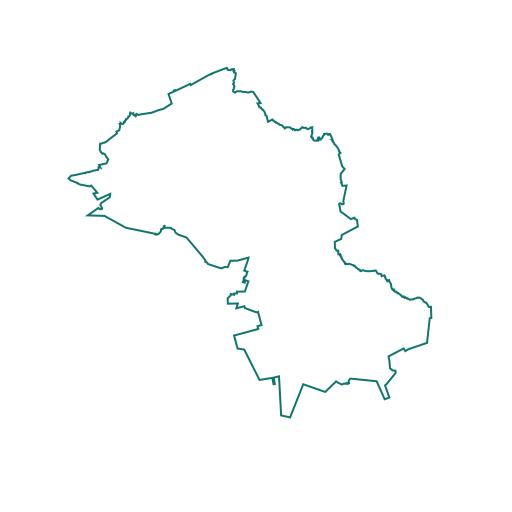 the district of Cuauhtémoc, Chihuahua, Mexico, rotated 155°
{"feature_id": "50627088B28133292335375", "entity_name": "Cuauhtémoc", "entity_type": "district", "adm_level": 2, "iso_a3": "MEX", "parent_name": "Mexico", "parent_adm1": "Chihuahua", "projection": "orthographic", "projection_center": [-106.99, 28.768], "detail": "fine", "context": "isolated", "style": "outline", "palette": "teal", "viewbox_px": 512, "rotation_deg": 155, "n_neighbors": 0, "source": "geoboundaries", "source_scale": "gbopen_adm2", "svg_char_len": 6144}
<svg xmlns="http://www.w3.org/2000/svg" viewBox="0 0 512 512"><g transform="rotate(155 256 256)"><path d="M135.9,313.7L136.6,315.4L136.1,315.9L136.4,320.2L137.0,322.8L137.7,324.0L137.4,325.1L137.9,326.2L137.7,326.9L138.2,327.5L137.5,328.4L138.0,329.1L137.6,329.0L137.5,329.5L137.3,332.5L137.4,335.4L138.2,335.7L139.0,335.2L139.4,335.3L140.1,337.0L142.7,337.9L143.1,336.9L144.4,336.5L146.3,334.9L147.5,335.0L148.3,334.1L149.7,334.7L149.9,335.2L149.5,335.5L148.8,336.8L149.5,337.1L151.0,335.7L151.2,334.4L154.0,335.7L155.0,336.7L154.7,338.3L155.1,338.7L154.7,339.1L154.8,339.6L155.2,339.6L155.7,340.8L152.8,343.7L152.5,344.7L152.8,345.1L151.5,346.6L151.4,347.7L150.6,348.9L152.1,349.4L153.0,349.0L155.4,349.0L156.0,350.0L156.6,350.5L156.6,351.2L158.5,351.9L159.6,353.3L160.5,352.7L161.3,352.7L161.9,352.3L164.2,352.1L165.1,352.3L165.7,353.3L167.5,353.4L167.6,354.6L168.1,355.0L169.1,355.0L168.9,355.6L170.1,356.3L170.6,358.0L173.3,359.5L174.6,360.0L175.1,360.1L175.3,359.5L176.1,359.5L176.0,360.4L176.7,361.4L176.9,363.0L179.4,365.3L179.5,366.2L179.8,366.3L180.5,367.6L181.6,368.4L181.4,369.0L182.3,369.8L182.3,370.2L183.1,371.4L183.0,371.8L183.5,372.2L183.6,372.8L188.4,372.5L187.2,378.8L188.0,379.6L187.5,380.9L187.4,383.6L187.9,385.0L187.9,385.8L188.5,386.2L188.7,386.7L188.8,388.4L189.4,388.6L190.1,389.4L189.7,390.1L190.1,390.6L189.9,391.8L190.1,393.7L187.2,392.8L189.2,405.9L191.0,407.1L194.0,407.4L196.8,409.5L198.5,410.2L200.2,411.8L203.4,413.2L204.3,413.3L206.0,412.9L207.2,415.0L206.4,416.4L205.5,416.7L204.9,417.9L203.8,418.9L204.1,421.6L203.3,421.7L202.6,422.5L202.4,424.4L201.5,425.0L200.2,425.4L197.0,430.1L198.3,431.6L197.3,432.9L198.2,433.4L197.1,434.8L199.0,435.6L200.6,435.3L202.3,436.0L203.0,436.7L202.8,438.3L203.1,438.9L219.3,440.1L219.5,439.6L221.5,440.1L242.9,438.5L242.9,439.8L259.3,439.7L259.2,440.3L259.7,440.4L259.7,440.6L260.6,440.6L260.8,439.8L266.8,439.8L268.0,429.8L277.5,428.5L282.6,429.4L289.8,429.9L300.7,433.1L302.9,433.5L304.3,435.3L305.0,434.8L305.7,433.6L306.1,433.5L306.2,434.5L307.2,435.3L306.9,435.7L307.1,436.8L306.9,437.3L308.1,437.2L308.8,438.0L309.3,439.1L309.8,438.7L310.0,437.9L311.1,436.6L312.1,436.1L312.8,436.4L313.4,435.4L314.4,434.9L315.2,434.9L315.7,435.1L316.3,434.8L316.2,434.5L316.4,434.2L317.9,433.7L318.0,433.1L319.1,433.4L319.3,432.5L320.4,431.9L321.6,432.3L322.4,433.7L322.6,433.0L323.8,433.3L324.0,431.6L325.4,429.5L326.9,427.7L329.9,427.7L329.8,426.8L330.1,425.9L341.9,423.3L342.5,422.9L345.6,422.8L347.0,423.2L349.1,423.2L349.8,423.6L352.6,418.6L352.7,415.7L352.4,415.5L352.1,413.8L351.5,413.3L350.9,413.4L349.9,412.0L349.8,409.3L349.0,406.0L352.4,403.1L359.8,404.8L359.7,402.0L360.1,402.5L360.9,402.5L361.3,402.8L361.7,401.7L362.7,400.8L367.9,402.2L368.8,402.1L371.1,402.6L371.6,402.4L372.1,402.9L375.7,403.6L375.9,403.4L376.1,403.7L385.8,405.8L389.6,406.9L393.1,405.5L391.8,402.7L386.9,397.6L387.1,397.4L385.2,395.1L377.3,389.4L375.6,389.5L373.1,380.4L376.9,381.3L375.8,374.1L361.9,373.9L363.3,371.6L363.9,371.0L373.8,369.4L375.5,368.1L375.3,364.2L375.9,363.7L376.8,363.9L378.1,364.9L378.5,366.2L391.3,363.9L376.4,356.4L362.0,336.6L337.8,318.6L338.2,318.2L337.5,317.5L335.2,317.1L331.9,318.4L330.8,320.3L330.0,320.4L329.2,319.8L325.8,322.7L326.9,320.1L323.9,318.9L321.4,317.5L321.5,317.3L318.9,313.7L319.1,311.1L317.3,308.1L311.2,302.2L304.6,278.0L303.7,273.0L304.3,272.6L304.4,272.1L303.1,270.6L302.9,269.0L292.8,259.5L288.7,259.2L286.4,257.8L281.2,262.5L274.7,259.6L263.5,257.7L264.9,255.9L272.8,247.7L270.4,245.3L271.7,244.3L272.4,243.0L273.1,242.4L274.2,242.1L274.3,241.8L275.2,242.0L276.2,241.6L276.7,240.7L276.3,240.5L278.9,237.9L277.5,236.6L275.8,238.5L273.6,236.3L281.1,228.5L288.3,231.7L289.0,230.1L291.9,231.3L292.4,230.2L294.9,232.2L295.6,231.0L299.5,229.7L301.7,224.7L292.5,220.6L295.9,216.9L287.8,215.4L288.1,213.5L279.9,205.2L278.2,204.4L278.2,203.6L277.9,203.8L280.2,191.0L284.3,191.8L284.8,188.9L309.5,193.2L311.8,179.9L306.2,176.2L305.2,142.2L292.7,138.6L294.3,132.4L293.1,132.0L291.3,138.3L286.0,137.2L300.6,100.9L293.3,95.3L267.4,119.8L250.7,103.5L236.4,108.5L235.0,106.2L232.4,103.2L230.3,103.2L229.4,102.6L228.7,102.8L228.2,102.2L227.4,102.4L227.3,101.5L226.4,101.3L225.4,101.4L225.4,102.1L225.0,103.3L223.0,104.9L221.9,104.8L199.6,91.5L199.9,71.8L195.0,71.4L193.7,84.2L191.4,84.9L178.7,91.1L178.1,93.1L180.5,94.5L182.0,97.7L179.4,104.5L178.3,109.0L161.3,109.8L160.9,106.7L157.1,107.1L137.7,105.0L124.8,126.2L123.3,125.7L118.9,136.0L120.9,136.8L121.2,139.1L121.1,139.8L121.6,142.0L122.3,142.4L123.3,144.0L123.3,145.8L124.7,148.4L125.5,149.2L126.2,149.3L127.0,150.1L128.7,150.0L130.8,150.5L131.7,150.2L133.5,151.0L135.2,151.4L135.7,152.5L136.6,153.2L136.6,153.6L137.1,153.7L137.0,154.0L137.5,154.3L138.1,155.5L139.0,155.3L139.2,156.8L139.8,156.7L140.0,157.1L140.5,157.0L140.8,157.3L140.8,158.0L141.1,158.3L141.3,159.8L141.8,160.2L142.7,162.1L143.5,162.4L143.6,162.7L143.3,162.8L144.0,164.3L144.8,164.5L144.7,165.0L145.5,165.9L145.6,166.6L145.1,167.3L145.2,167.6L145.9,167.6L146.2,167.3L146.7,168.6L146.4,171.1L145.5,173.5L145.8,176.5L145.6,177.6L146.0,177.5L146.0,178.0L146.4,178.2L147.1,178.2L147.5,177.7L147.8,178.2L147.7,179.8L148.2,180.6L147.7,181.8L148.0,182.2L147.6,183.2L147.8,184.2L150.6,184.6L150.2,186.6L151.5,187.7L152.6,188.1L153.3,189.2L153.6,192.3L155.6,192.8L155.8,193.1L156.7,193.1L160.6,194.7L163.4,196.2L165.1,198.1L167.2,197.9L167.4,198.5L167.7,198.4L168.2,199.0L167.9,199.9L169.1,200.9L169.0,201.2L169.4,202.2L170.3,203.3L170.3,204.2L171.3,205.4L170.9,205.7L175.0,209.7L176.2,209.7L177.4,210.8L178.4,210.8L178.6,211.5L178.2,212.5L178.3,213.2L178.8,213.6L178.9,215.4L179.3,216.3L179.2,217.2L179.4,218.2L179.0,218.6L179.3,218.9L179.4,219.8L178.9,220.9L179.6,221.2L179.1,222.2L180.6,222.8L179.2,226.1L180.6,226.8L181.2,229.6L178.6,235.5L171.5,235.5L169.4,238.8L151.2,239.7L149.3,245.9L150.7,247.9L150.6,249.1L154.5,249.4L159.3,258.5L160.6,260.5L159.1,266.0L158.9,267.8L158.0,268.3L157.5,268.3L156.8,267.6L156.1,266.3L154.7,266.2L154.3,266.4L153.6,269.0L144.1,281.6L148.0,283.0L147.9,286.3L147.3,286.2L146.9,287.5L146.9,289.6L144.6,294.6L138.9,297.4L140.0,300.8L138.1,313.1L135.9,313.7Z" fill="none" stroke="#0f766e" stroke-width="2"/></g></svg>